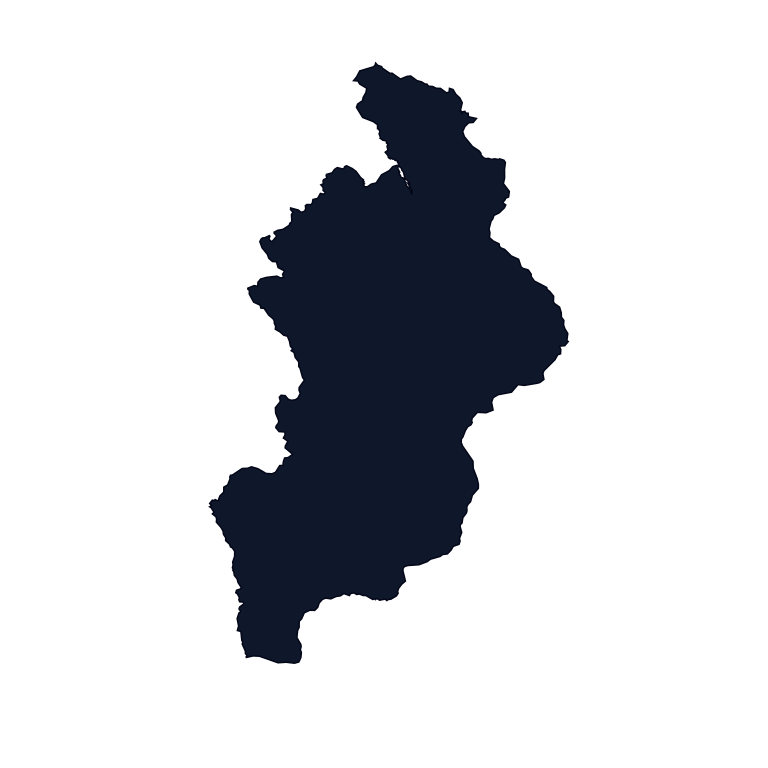 Jina, Sibiu, Romania (Natural Earth projection), rotated 18°
{"feature_id": "2599482B21479866695971", "entity_name": "Jina", "entity_type": "district", "adm_level": 2, "iso_a3": "ROU", "parent_name": "Romania", "parent_adm1": "Sibiu", "projection": "natural_earth1", "projection_center": [23.667, 45.651], "detail": "fine", "context": "isolated", "style": "filled", "palette": "ink", "viewbox_px": 768, "rotation_deg": 18, "n_neighbors": 0, "source": "geoboundaries", "source_scale": "gbopen_adm2", "svg_char_len": 6129}
<svg xmlns="http://www.w3.org/2000/svg" viewBox="0 0 768 768"><g transform="rotate(18 384 384)"><path d="M543.2,279.2L538.8,275.4L536.5,272.3L535.4,267.9L532.1,265.6L530.5,261.3L527.2,256.6L521.1,254.7L519.8,253.5L518.2,248.1L513.1,244.8L510.0,243.7L508.9,241.9L495.1,239.6L490.7,236.2L490.1,234.1L487.0,231.7L485.6,230.9L480.3,231.1L478.1,230.1L473.5,223.8L465.5,222.9L457.2,218.7L453.0,218.4L451.4,217.4L450.1,215.1L444.0,214.3L439.1,212.2L438.0,207.3L436.0,204.2L435.5,195.9L436.4,193.8L436.5,189.7L440.7,185.6L444.1,179.2L444.5,176.1L440.8,174.9L442.3,171.2L442.0,170.0L444.7,167.7L443.7,162.1L435.6,156.5L435.1,150.9L432.3,142.6L431.0,135.8L428.9,134.1L424.4,134.1L423.7,135.0L419.7,135.6L416.8,137.1L413.4,137.2L410.9,138.3L408.5,137.9L405.4,136.1L404.9,134.6L402.4,132.9L394.8,130.8L384.0,123.9L380.8,119.6L381.4,114.1L383.9,109.4L388.0,107.7L389.9,102.9L381.8,103.7L380.3,100.4L378.2,101.1L376.6,99.7L374.5,100.9L374.6,102.3L373.6,102.3L373.1,100.6L372.2,100.7L371.5,92.3L367.7,88.5L362.9,86.3L358.7,82.6L354.9,82.6L355.7,86.2L353.5,87.8L346.3,85.4L342.3,86.6L338.3,86.0L334.2,87.0L332.2,85.5L330.2,86.0L326.4,85.0L321.7,85.3L314.2,82.8L310.7,84.4L305.4,88.9L295.6,85.9L293.8,86.7L292.2,86.3L284.8,84.1L283.7,82.9L279.4,82.8L276.9,81.4L277.0,83.9L275.8,85.7L264.2,93.7L263.0,100.5L261.3,104.9L265.6,103.9L268.1,106.2L276.2,108.1L276.7,112.5L275.6,117.9L276.0,121.2L272.4,125.9L272.3,129.4L281.3,137.1L292.8,137.8L297.7,139.4L299.0,143.3L299.9,143.1L302.1,145.1L302.0,147.6L304.9,151.2L304.5,151.5L307.5,152.5L311.2,152.1L311.9,154.1L313.6,154.5L313.4,157.0L315.5,160.4L313.5,163.2L317.2,165.5L318.2,167.3L320.5,168.0L321.6,167.0L322.8,167.5L324.2,166.8L325.2,167.8L328.4,167.8L328.5,169.3L330.1,169.8L330.4,171.3L329.6,171.9L333.9,173.4L334.9,175.1L336.8,176.2L340.6,182.3L343.2,183.1L347.9,186.2L346.2,185.3L344.7,185.3L346.3,186.1L344.6,185.8L351.2,191.5L351.8,194.4L350.9,194.4L349.7,192.0L348.3,191.4L348.3,190.1L344.6,188.8L340.1,183.2L338.4,182.1L336.3,182.2L334.8,180.2L333.4,179.8L333.6,177.8L330.6,174.8L329.9,172.4L328.9,171.9L325.2,174.5L323.1,179.4L317.0,185.8L314.4,195.2L310.1,197.8L307.2,201.6L304.5,202.4L302.9,200.6L303.5,199.6L302.4,199.2L302.6,197.9L301.7,198.0L301.5,196.2L298.0,194.9L291.7,190.4L287.3,188.9L280.9,188.0L279.3,189.6L279.4,191.2L278.5,192.2L272.7,192.6L270.6,195.2L269.4,199.2L264.5,202.4L264.6,203.9L266.2,205.5L263.3,208.5L263.3,210.0L264.5,212.2L262.4,214.1L265.4,215.9L266.3,218.8L268.9,219.9L269.0,220.8L267.7,222.1L264.6,222.4L263.5,228.0L259.4,230.5L259.9,234.0L259.1,236.0L255.2,237.1L254.1,238.6L255.3,241.4L255.2,243.8L253.9,245.2L251.8,246.3L248.8,245.0L240.8,245.4L241.2,247.0L244.3,248.7L243.6,251.5L246.2,258.1L244.8,260.2L244.8,262.4L240.0,268.2L235.5,270.6L232.6,273.5L232.8,274.4L236.3,276.4L233.7,282.8L232.7,283.2L229.8,281.9L229.8,278.7L229.1,278.3L225.5,281.7L223.2,282.7L222.3,284.2L221.9,287.0L226.0,292.2L233.1,296.8L235.5,300.0L240.0,302.0L243.9,301.0L247.3,306.0L254.5,307.2L253.6,311.0L255.5,313.5L252.9,315.1L248.9,314.5L239.3,318.9L234.2,322.3L232.7,326.2L233.7,330.1L230.2,330.5L224.9,334.9L225.1,335.8L227.1,336.7L228.0,340.0L234.7,346.4L241.8,347.3L243.5,349.9L246.6,349.1L253.0,354.1L258.2,356.2L260.1,357.8L260.9,360.1L263.1,362.5L263.7,365.5L269.0,366.6L273.5,368.6L277.4,368.4L280.9,372.6L283.3,377.0L286.4,378.9L285.4,381.0L288.7,381.8L291.3,386.1L296.0,389.3L297.6,393.8L299.3,395.0L304.5,402.9L307.1,404.9L304.4,413.5L305.0,416.0L307.3,418.9L306.4,424.1L304.4,426.5L300.6,428.2L297.5,428.0L293.6,425.6L289.6,426.5L288.5,428.9L290.5,432.0L290.6,433.4L288.0,440.1L290.0,445.3L295.2,451.4L295.6,453.9L294.5,456.8L294.5,458.9L298.9,461.7L304.5,460.3L305.6,462.8L305.0,466.5L310.3,468.1L309.3,473.3L309.7,475.3L318.9,479.1L315.6,483.5L312.3,485.1L312.3,489.4L313.1,492.6L310.0,493.8L308.1,501.5L305.2,504.0L299.5,505.5L290.2,503.5L283.5,503.7L280.5,506.2L275.2,508.2L267.9,517.5L266.2,518.2L266.1,520.5L266.9,521.4L266.5,528.3L263.5,531.6L265.0,536.3L262.6,540.9L262.3,544.4L262.9,545.7L261.6,546.4L259.1,546.1L258.7,547.3L256.6,547.5L255.1,551.5L257.5,553.0L256.1,554.7L257.7,555.0L262.0,558.5L260.9,560.6L265.2,562.2L266.6,564.3L267.2,567.1L273.3,570.8L276.4,573.6L277.8,576.6L281.0,579.2L281.8,581.9L286.6,584.1L288.4,586.4L290.4,586.7L293.7,589.3L295.2,594.2L295.1,600.1L296.4,602.7L296.6,605.7L298.1,607.0L297.7,607.8L299.2,609.0L300.8,612.3L304.6,614.8L306.5,617.9L311.3,621.8L310.6,623.4L307.5,625.7L307.5,628.3L309.5,629.0L312.5,631.9L312.6,634.1L314.1,635.8L316.9,635.0L318.1,635.4L318.5,636.7L315.8,640.3L315.5,642.2L316.1,643.4L317.4,643.8L317.9,645.5L316.8,646.6L316.8,652.5L320.5,659.1L320.7,663.8L323.9,663.6L324.7,664.3L328.0,671.8L329.5,673.1L329.5,675.1L334.7,680.9L335.5,683.2L338.1,684.8L337.2,686.0L337.6,686.6L343.5,683.1L349.6,681.4L369.3,681.9L376.8,678.9L385.2,677.2L388.9,674.7L389.5,669.9L388.4,664.9L386.5,662.4L386.4,659.6L385.5,657.5L379.5,652.1L378.0,644.9L378.5,641.7L376.7,635.9L378.2,632.9L378.9,626.2L383.4,622.1L388.1,620.7L390.0,616.9L390.0,612.4L392.1,607.7L394.9,605.6L399.8,604.8L404.1,600.9L408.1,598.9L410.6,595.7L416.5,595.9L416.9,593.7L419.8,592.0L423.2,592.6L425.4,591.4L429.5,591.6L432.1,590.8L440.0,592.4L441.4,591.2L442.6,591.7L443.4,590.1L446.6,591.0L451.6,588.2L453.6,589.1L454.7,587.6L457.0,586.6L461.3,581.7L462.1,578.6L461.0,576.9L461.1,573.6L462.7,569.0L465.3,564.8L459.9,556.1L459.1,553.7L459.8,551.4L462.7,549.3L473.1,545.1L480.0,539.6L482.3,536.3L490.7,530.6L492.4,528.1L496.8,526.0L499.2,521.0L500.0,517.0L504.9,513.3L504.9,509.9L503.5,507.5L503.8,501.2L500.3,495.8L500.1,494.2L501.2,492.1L500.3,486.9L502.2,481.2L502.1,478.9L500.7,475.2L501.1,472.5L502.7,469.1L502.4,462.5L506.0,454.1L504.8,450.3L501.9,445.3L494.9,436.6L492.5,429.9L477.9,418.7L475.5,415.8L474.6,412.3L475.4,410.1L475.8,403.1L476.8,398.9L479.4,395.8L479.8,393.3L478.8,392.2L478.4,389.2L481.6,382.1L490.0,379.8L495.8,375.1L491.9,368.0L492.1,363.2L495.9,358.9L507.8,352.4L511.6,343.2L517.8,342.0L529.0,336.2L531.7,334.5L534.7,330.3L531.9,325.0L532.0,321.9L539.1,308.1L540.2,302.5L542.6,300.8L541.5,296.6L539.1,293.8L544.1,291.7L546.1,286.7L544.5,286.1L543.2,279.2Z" fill="#0f172a" stroke="#020617" stroke-width="1.5"/></g></svg>